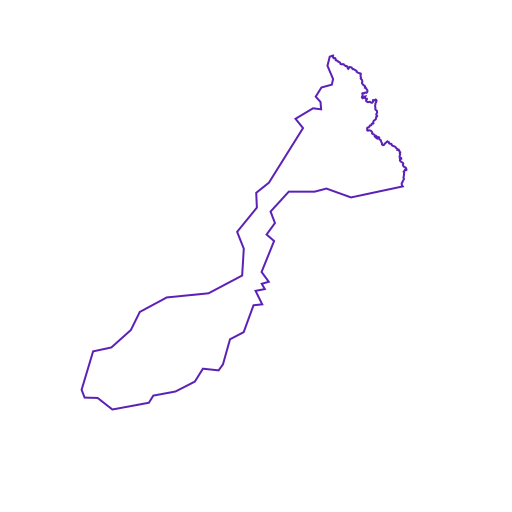 outline of Nzara, Western Equatoria, South Sudan, rotated 212°
{"feature_id": "79223893B44878437184267", "entity_name": "Nzara", "entity_type": "district", "adm_level": 2, "iso_a3": "SSD", "parent_name": "South Sudan", "parent_adm1": "Western Equatoria", "projection": "albers", "projection_center": [28.083, 5.312], "detail": "fine", "context": "isolated", "style": "outline", "palette": "violet", "viewbox_px": 512, "rotation_deg": 212, "n_neighbors": 0, "source": "geoboundaries", "source_scale": "gbopen_adm2", "svg_char_len": 4201}
<svg xmlns="http://www.w3.org/2000/svg" viewBox="0 0 512 512"><g transform="rotate(212 256 256)"><path d="M326.3,45.1L315.1,51.7L296.5,49.7L269.1,74.8L269.1,83.2L252.5,98.4L241.3,117.1L241.3,132.3L227.1,139.2L226.6,146.6L233.9,171.6L226.1,184.9L232.0,212.9L225.1,218.3L237.9,226.2L231.0,232.6L236.4,235.5L231.5,240.9L242.8,245.4L248.6,278.3L258.4,279.8L257.4,294.0L267.2,301.4L262.3,327.9L240.3,341.7L232.0,350.5L206.5,356.0L168.4,392.8L169.9,393.5L170.6,394.2L171.0,394.9L170.8,396.1L171.2,396.7L171.2,397.5L171.2,398.1L171.2,398.7L171.4,399.9L172.1,400.3L172.6,400.7L172.8,401.6L173.4,402.9L173.8,403.7L174.1,404.3L174.6,405.3L175.4,405.7L175.3,406.6L175.4,407.3L175.4,408.0L174.3,408.1L174.0,408.7L174.5,409.4L175.5,410.1L176.3,410.3L177.0,410.2L178.1,410.1L179.1,410.6L179.7,411.1L179.9,412.0L180.1,412.5L180.8,412.8L181.8,412.8L182.8,412.8L183.7,412.9L184.5,413.2L184.6,413.6L185.3,414.5L184.7,414.9L184.3,415.4L184.8,416.0L185.9,416.0L186.8,416.1L187.4,417.6L187.5,418.4L187.9,418.9L188.5,419.2L188.6,420.4L189.7,420.6L190.2,421.2L191.2,421.7L191.5,421.1L192.3,420.9L192.3,421.6L192.7,421.7L194.4,421.8L195.4,422.3L196.8,422.3L197.8,422.1L198.6,421.8L199.5,421.9L200.1,422.6L200.6,422.8L201.2,422.5L202.3,422.0L202.9,422.1L203.2,422.7L203.4,422.9L204.0,422.8L204.7,422.6L205.2,422.9L205.7,422.0L205.8,421.3L206.0,420.3L206.3,419.7L206.3,419.1L206.3,418.1L206.7,417.5L207.2,417.3L208.3,417.4L208.7,418.3L209.3,418.6L210.0,419.0L210.7,419.5L211.5,420.3L212.2,420.3L213.1,420.3L213.8,421.0L214.3,421.7L214.9,421.8L215.1,421.0L215.1,420.5L215.4,419.8L216.2,419.9L216.2,420.5L216.4,421.2L217.5,421.4L217.6,420.8L217.8,420.1L218.7,420.3L218.9,420.9L219.2,421.3L219.6,421.5L220.6,421.5L221.7,421.4L222.4,421.4L222.4,421.9L223.1,422.6L223.8,422.7L224.4,423.0L225.4,423.0L226.1,422.8L227.6,422.0L227.6,421.6L228.4,421.6L228.8,422.3L229.5,423.3L229.5,423.8L229.1,424.5L228.5,424.9L228.5,425.8L228.5,426.5L228.5,427.1L227.9,427.5L227.6,428.0L227.7,428.7L227.9,429.4L227.6,429.9L226.9,430.2L226.7,430.6L227.4,431.5L227.7,432.1L227.8,433.2L227.4,434.0L227.3,434.4L226.9,435.4L227.2,436.3L227.5,437.1L227.8,437.8L227.4,438.3L227.5,439.1L228.3,439.3L229.1,439.8L229.2,440.5L229.2,441.5L229.5,442.1L230.4,443.2L231.3,443.3L232.2,443.4L232.9,444.1L233.3,445.1L234.5,446.2L234.7,446.9L235.2,448.0L235.6,448.7L235.6,449.6L235.6,450.1L235.9,450.4L236.1,450.6L235.9,451.2L236.1,451.7L236.8,452.1L237.6,452.0L238.0,450.9L238.2,450.6L238.7,450.6L239.3,450.2L238.9,449.4L238.5,448.8L238.5,448.4L238.7,447.5L239.8,447.0L240.8,447.2L241.1,447.1L241.8,446.5L242.1,446.2L242.5,445.8L244.1,445.6L244.9,445.9L245.2,446.9L245.0,447.8L245.3,448.1L246.0,447.7L246.9,447.6L247.5,447.7L247.7,448.5L247.8,449.3L248.5,448.6L248.6,447.8L248.6,447.0L249.1,446.3L250.2,446.6L250.5,447.2L250.5,448.1L250.8,448.9L251.4,449.8L252.0,450.2L251.6,450.8L250.4,451.5L250.4,452.0L250.0,452.5L249.4,452.7L248.7,453.0L248.6,454.1L248.8,454.9L249.6,455.7L250.7,456.0L251.3,456.6L252.0,456.7L252.8,456.4L253.1,457.0L253.3,457.6L254.0,457.9L254.7,457.8L255.2,457.7L255.5,458.0L256.4,458.2L257.3,458.5L257.8,458.9L258.1,459.3L258.1,460.1L258.9,461.0L259.5,461.5L260.2,461.7L260.9,461.8L261.4,462.2L261.4,462.9L262.4,463.6L262.9,464.5L263.4,465.0L263.4,465.6L263.8,466.2L264.7,466.0L265.4,465.8L266.1,465.6L267.1,465.4L267.6,465.6L268.4,465.6L268.8,466.2L269.4,466.3L270.5,466.2L271.4,466.2L272.3,466.2L273.0,465.7L273.6,465.9L274.8,466.5L275.4,466.4L276.1,466.1L276.9,465.8L276.9,464.9L276.8,464.2L276.9,463.6L277.5,463.8L278.2,464.2L279.1,465.1L280.0,465.1L280.7,464.5L281.3,464.7L282.4,464.7L283.4,465.1L283.7,464.8L284.5,464.4L284.9,463.9L286.0,463.6L286.4,463.9L286.9,464.5L287.8,464.6L288.8,464.4L289.6,464.4L290.1,464.7L290.3,464.7L291.1,464.5L291.9,464.3L292.3,464.4L292.5,465.0L293.1,465.3L293.5,465.7L294.1,465.7L294.3,465.4L294.8,464.9L295.9,465.2L296.4,465.6L296.7,466.8L296.9,466.9L299.1,464.1L296.2,455.2L284.4,446.9L282.5,441.5L289.8,433.6L289.8,422.8L282.9,420.8L278.5,414.9L285.9,411.5L295.2,393.3L283.9,389.4L283.9,325.0L289.3,309.7L280.9,297.5L284.8,266.5L270.2,255.7L257.4,232.1L276.5,199.2L309.7,173.6L324.9,147.0L322.9,126.9L330.2,101.8L343.6,88.8L333.0,50.1L326.3,45.1Z" fill="none" stroke="#5b21b6" stroke-width="2"/></g></svg>